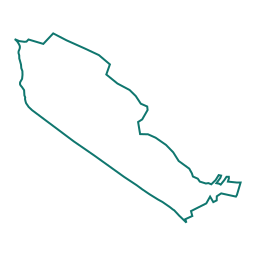 outline of Karakul, Bukhoro, Uzbekistan
{"feature_id": "79887680B39876155507460", "entity_name": "Karakul", "entity_type": "district", "adm_level": 2, "iso_a3": "UZB", "parent_name": "Uzbekistan", "parent_adm1": "Bukhoro", "projection": "albers", "projection_center": [63.154, 39.851], "detail": "fine", "context": "isolated", "style": "outline", "palette": "teal", "viewbox_px": 256, "rotation_deg": 0, "n_neighbors": 0, "source": "geoboundaries", "source_scale": "gbopen_adm2", "svg_char_len": 1280}
<svg xmlns="http://www.w3.org/2000/svg" viewBox="0 0 256 256"><path d="M53.2,33.4L43.3,43.9L28.5,39.5L26.5,41.6L24.4,41.8L19.3,41.1L15.5,39.5L15.4,39.7L16.2,40.4L17.5,41.8L18.9,44.1L19.7,45.7L19.9,47.0L19.7,48.6L18.6,51.3L18.5,53.0L19.2,55.3L19.3,58.6L19.7,59.8L21.0,64.6L21.3,68.2L22.4,71.1L22.5,74.9L22.1,78.8L20.1,82.3L20.0,84.1L20.5,85.3L22.0,87.1L24.1,90.2L24.4,95.4L25.2,97.4L25.0,99.0L25.6,101.6L26.1,103.2L28.7,107.0L32.1,110.2L73.8,141.4L94.1,155.4L124.1,176.9L136.5,185.1L142.2,189.3L149.6,194.3L158.0,199.5L162.5,202.0L170.0,207.2L172.9,209.5L174.2,210.3L179.7,216.2L180.2,216.6L186.4,222.6L185.3,219.2L192.3,216.0L191.0,211.1L206.3,203.4L210.1,196.6L213.3,202.1L216.7,200.4L216.8,196.3L221.2,193.4L235.9,196.6L236.9,195.0L240.6,182.5L236.5,182.5L227.9,181.6L228.9,178.4L228.8,176.8L226.5,176.8L224.4,180.0L220.7,184.6L219.1,183.7L216.4,183.2L220.4,177.8L221.1,175.6L218.7,175.1L215.6,180.1L211.3,184.3L208.4,183.1L205.9,183.5L199.8,181.6L197.8,178.7L192.9,176.5L191.9,173.4L189.3,168.7L178.7,161.0L173.2,152.3L166.0,144.9L155.6,137.7L148.0,134.3L140.1,134.1L138.1,122.0L142.2,119.4L147.6,110.0L147.2,106.5L140.8,103.7L135.8,96.1L129.6,90.0L117.4,83.5L106.3,74.5L109.9,64.4L98.9,55.1L84.8,48.5L66.5,40.3L53.2,33.4Z" fill="none" stroke="#0f766e" stroke-width="2"/></svg>